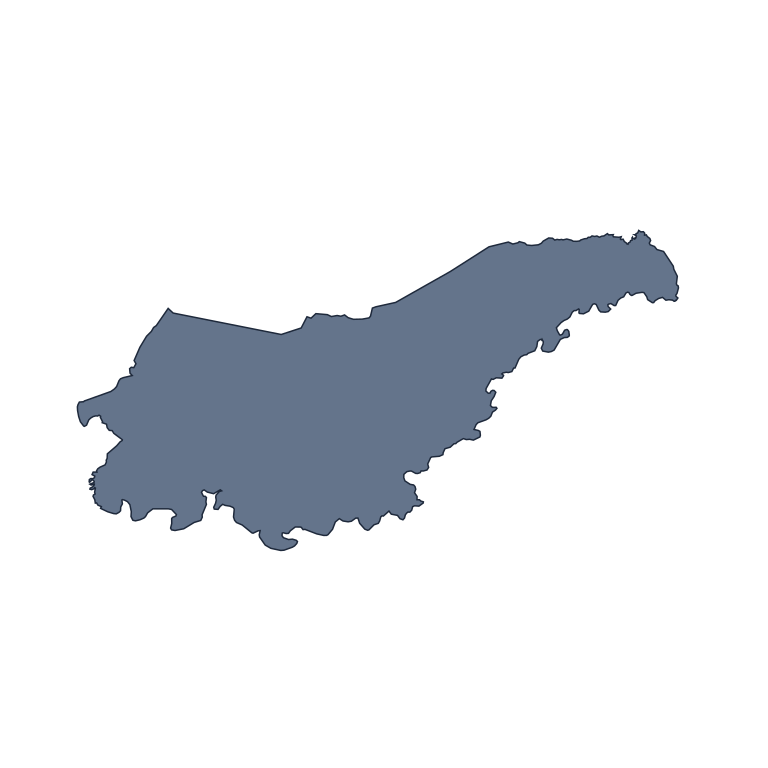 Indenie-Djuablin, Comoe, Ivory Coast, rotated 253°
{"feature_id": "98640826B87987908031267", "entity_name": "Indenie-Djuablin", "entity_type": "district", "adm_level": 2, "iso_a3": "CIV", "parent_name": "Ivory Coast", "parent_adm1": "Comoe", "projection": "robinson", "projection_center": [-3.502, 6.624], "detail": "fine", "context": "isolated", "style": "filled", "palette": "slate", "viewbox_px": 768, "rotation_deg": 253, "n_neighbors": 0, "source": "geoboundaries", "source_scale": "gbopen_adm2", "svg_char_len": 6104}
<svg xmlns="http://www.w3.org/2000/svg" viewBox="0 0 768 768"><g transform="rotate(253 384 384)"><path d="M357.9,73.6L354.5,73.1L354.3,74.4L351.8,75.0L349.4,77.9L347.9,76.6L342.6,82.4L339.1,87.6L338.1,90.0L338.7,93.0L339.8,95.0L343.4,96.3L345.9,98.8L349.7,99.4L349.9,100.2L348.8,101.9L346.5,104.3L342.9,105.7L335.8,105.0L331.2,103.3L327.1,104.0L325.8,106.3L325.5,110.9L326.0,115.2L326.9,117.1L329.9,120.3L332.2,126.5L327.7,141.2L326.1,144.2L319.8,147.3L318.6,146.4L318.2,142.7L317.4,141.6L312.6,140.2L308.6,137.8L306.6,138.2L305.0,141.3L304.1,150.2L307.1,162.0L307.1,168.9L309.8,171.3L312.1,171.8L320.8,179.0L323.3,179.2L327.3,181.0L328.8,180.3L329.4,178.6L330.0,178.4L333.8,177.8L335.1,179.3L335.3,181.1L332.3,183.4L328.9,189.0L330.7,196.5L329.3,197.5L329.3,195.0L326.8,190.9L325.0,190.0L321.9,189.6L319.1,188.0L315.9,185.1L314.0,185.1L312.6,188.6L314.9,191.6L316.1,194.6L314.4,196.5L312.2,201.0L309.9,203.7L308.1,204.2L300.8,201.2L297.3,201.3L294.7,202.4L290.6,207.2L280.3,214.1L279.6,215.2L280.4,220.7L280.0,222.7L276.3,220.6L274.0,220.3L264.7,223.3L259.9,227.8L255.0,236.6L254.3,239.8L254.7,248.6L255.3,251.1L257.0,254.0L258.7,255.2L260.2,254.4L262.4,251.1L263.2,247.2L266.4,242.9L268.7,242.1L271.2,243.1L271.2,244.2L269.6,246.7L269.1,249.0L271.0,251.5L273.2,257.3L271.7,262.1L271.1,263.0L268.4,264.0L268.1,265.9L260.3,275.9L256.8,282.1L256.0,284.9L256.3,286.4L260.1,292.3L266.3,297.1L268.3,301.9L265.0,304.7L262.7,309.4L262.3,312.7L264.0,317.7L263.4,319.9L257.9,320.0L250.8,323.2L248.9,325.6L248.9,327.0L252.3,333.3L252.4,337.8L254.3,339.8L257.9,342.1L258.5,343.6L257.9,344.8L261.0,351.6L257.4,352.9L254.4,358.5L250.5,359.9L248.6,362.4L249.8,364.4L252.7,366.2L254.0,368.1L254.5,369.4L253.9,371.3L255.2,373.6L258.3,375.5L258.6,377.6L257.0,381.7L258.7,386.7L259.8,387.2L261.4,384.9L262.9,384.1L263.7,381.7L266.8,382.8L271.1,381.4L274.1,383.6L276.9,383.7L278.8,382.8L280.4,379.7L285.2,375.7L288.6,375.5L291.8,376.6L293.5,380.2L293.2,383.4L292.7,384.8L289.3,388.1L288.6,389.9L288.6,392.7L290.0,394.0L289.3,396.3L289.2,400.0L291.2,402.3L294.7,402.4L300.0,407.1L300.3,408.4L298.7,415.8L299.2,419.7L301.0,420.5L304.3,423.4L304.2,428.9L306.4,433.4L306.0,435.2L306.9,436.7L308.4,443.1L308.5,444.1L306.8,446.4L306.1,449.7L304.2,453.1L305.3,460.2L306.8,461.2L310.6,461.9L312.0,460.6L314.2,456.8L318.2,460.2L319.5,462.5L319.9,471.1L320.6,474.1L321.9,476.7L325.4,479.5L326.4,482.9L327.7,484.9L328.9,484.5L330.0,480.8L332.3,479.5L336.6,481.7L339.8,485.6L343.4,488.5L345.6,487.4L346.2,486.0L345.8,484.2L344.3,482.6L344.7,481.0L347.5,479.4L349.8,480.3L357.4,488.2L356.5,489.7L357.1,493.2L355.1,498.5L356.7,500.5L357.3,500.9L359.2,499.6L359.8,501.0L359.5,504.4L358.6,506.2L358.5,509.9L361.3,512.6L361.0,514.0L368.2,520.1L370.0,522.8L370.7,526.5L370.3,529.1L371.2,530.7L371.7,537.9L375.1,541.1L379.8,543.3L380.9,546.3L380.6,547.4L379.9,547.7L380.5,548.2L377.8,548.7L375.7,547.8L372.3,544.9L369.1,545.4L366.4,550.5L366.1,553.5L366.7,556.6L375.1,565.7L375.7,569.9L375.0,572.9L375.6,574.9L376.5,575.5L380.3,576.1L382.4,575.3L382.7,574.4L382.6,572.4L379.5,569.2L379.2,567.1L379.7,566.3L384.2,565.3L387.4,565.3L390.9,571.2L392.1,574.7L392.5,578.3L393.8,581.4L397.6,585.0L398.6,587.3L398.1,589.1L398.9,592.0L398.3,592.5L395.0,591.2L394.3,591.6L392.8,595.3L393.8,601.1L398.5,606.1L399.2,607.1L399.2,608.7L398.0,610.2L391.8,611.1L389.6,612.3L388.0,616.6L387.7,619.6L389.4,622.7L392.5,621.0L394.3,621.2L394.7,621.9L394.6,624.5L391.7,627.0L391.3,628.5L395.6,632.3L397.0,635.5L397.3,638.7L400.3,642.0L400.6,643.8L399.8,645.0L398.0,645.3L396.4,646.4L396.2,647.3L397.1,651.6L396.2,657.6L395.4,659.3L390.6,660.8L387.6,660.8L383.3,664.4L383.0,665.7L384.4,667.6L385.5,671.7L385.4,675.7L381.7,678.1L381.3,681.1L379.8,684.5L378.3,685.6L378.1,686.5L378.8,687.3L378.5,687.9L380.3,690.2L382.4,688.9L383.6,689.0L385.0,690.7L389.8,693.7L391.8,694.0L393.0,693.0L394.3,692.9L401.3,696.0L409.0,694.7L412.1,695.1L429.0,690.1L432.8,684.3L436.4,682.9L439.3,679.2L441.2,678.9L443.2,680.9L445.4,680.8L448.1,678.9L449.9,678.5L450.2,676.7L452.0,677.4L453.8,676.6L454.4,674.1L456.4,672.5L454.3,670.8L454.1,669.0L453.1,668.5L453.5,667.2L451.8,668.6L450.6,668.0L450.3,666.7L449.6,667.0L449.3,665.9L450.9,664.4L451.7,664.5L451.2,663.8L449.1,663.4L449.0,661.7L447.8,660.8L447.4,658.9L446.3,658.2L447.0,657.2L448.0,657.0L449.9,655.5L452.6,655.0L452.8,652.8L453.5,652.4L455.5,653.9L455.6,651.7L457.7,646.4L459.2,646.3L459.8,646.9L460.9,642.5L462.5,641.6L461.3,637.6L461.7,635.4L461.4,632.9L463.3,630.9L463.5,628.6L464.8,626.2L464.0,624.1L464.6,622.2L463.8,620.7L464.3,618.1L464.2,614.2L463.6,612.9L464.1,610.0L465.2,606.7L466.7,605.3L469.2,601.2L469.5,597.3L470.3,596.2L470.7,593.7L471.7,591.8L471.7,589.4L474.1,587.8L475.5,584.2L474.1,578.0L472.6,575.7L472.0,572.3L473.3,565.7L475.1,561.3L477.6,559.8L480.6,555.0L479.9,553.4L480.2,548.1L483.4,544.4L484.5,524.5L472.2,480.3L458.6,419.0L460.2,398.9L460.0,395.1L452.8,390.9L451.6,389.0L452.4,382.2L454.8,373.7L457.9,369.1L461.6,366.5L461.4,362.6L463.2,359.2L463.9,353.4L466.9,350.1L471.2,339.4L468.3,333.5L470.8,330.0L461.8,321.2L461.4,300.2L513.5,203.1L519.4,199.7L506.4,183.3L505.4,180.2L502.3,176.9L499.1,170.9L490.5,161.3L479.5,151.9L475.9,152.7L472.8,149.5L473.9,147.2L473.0,145.2L468.6,144.3L465.7,145.7L466.3,136.5L466.0,133.5L464.6,131.5L459.8,127.6L458.1,124.8L456.7,120.6L455.4,92.5L454.9,91.5L455.8,87.4L453.7,85.3L451.8,84.1L448.2,83.2L442.2,82.5L436.7,82.6L431.6,84.5L431.1,85.1L431.6,87.5L436.0,91.2L437.2,93.6L437.9,96.4L437.8,99.1L437.1,100.8L437.5,102.4L436.0,103.6L435.1,103.0L430.3,103.8L429.4,103.2L426.7,106.9L423.2,106.5L420.0,107.7L418.9,110.4L415.8,111.2L407.2,117.5L406.5,117.1L405.9,114.8L403.1,110.4L398.1,99.0L393.8,97.5L392.4,96.1L390.5,95.7L388.2,93.6L387.5,88.1L386.6,85.5L385.0,83.7L383.7,83.7L384.8,80.1L382.7,78.3L380.5,80.5L379.1,79.7L378.6,78.0L379.3,76.0L378.8,74.3L376.6,73.4L376.1,73.8L377.7,76.7L377.5,77.4L375.6,78.4L374.6,77.9L374.2,73.4L373.0,74.4L372.9,77.7L372.3,77.5L370.8,75.3L370.3,72.5L369.4,72.0L368.4,73.6L368.6,75.9L369.5,77.1L368.8,77.6L365.1,75.6L363.3,75.6L362.8,73.7L361.6,72.9L357.9,73.6Z" fill="#64748b" stroke="#1e293b" stroke-width="1.5"/></g></svg>